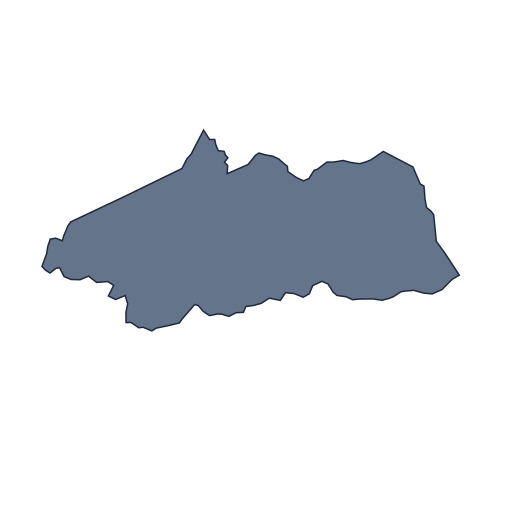 Itapetim, Pernambuco, Brazil (orthographic projection), rotated 144°
{"feature_id": "56859067B43341835432659", "entity_name": "Itapetim", "entity_type": "district", "adm_level": 2, "iso_a3": "BRA", "parent_name": "Brazil", "parent_adm1": "Pernambuco", "projection": "orthographic", "projection_center": [-37.138, -7.385], "detail": "fine", "context": "isolated", "style": "filled", "palette": "slate", "viewbox_px": 512, "rotation_deg": 144, "n_neighbors": 0, "source": "geoboundaries", "source_scale": "gbopen_adm2", "svg_char_len": 1673}
<svg xmlns="http://www.w3.org/2000/svg" viewBox="0 0 512 512"><g transform="rotate(144 256 256)"><path d="M197.8,160.5L186.6,152.5L179.9,146.0L173.5,143.6L168.8,142.3L159.9,141.9L155.6,139.8L148.5,135.4L142.2,127.5L135.8,121.8L125.4,119.5L116.2,121.0L110.7,121.8L102.8,121.0L101.5,146.9L101.5,151.4L101.5,161.9L88.0,184.9L88.1,189.6L89.5,194.9L85.6,203.3L83.2,206.9L79.0,213.9L80.8,217.6L79.5,223.6L76.7,235.8L91.6,265.8L106.3,266.2L111.3,267.4L117.6,269.6L121.0,272.6L124.9,276.6L129.4,282.1L137.9,286.3L143.4,290.3L155.4,290.1L158.6,291.2L167.6,287.6L173.3,288.8L177.1,295.6L180.6,305.5L177.9,310.1L179.2,315.0L180.6,321.2L183.7,326.8L188.9,332.3L193.1,337.6L197.2,337.8L208.6,334.7L230.9,339.5L225.7,346.0L226.4,350.3L221.0,352.0L221.4,355.7L220.3,359.4L224.6,363.4L223.1,369.7L220.9,374.5L225.1,377.6L224.4,388.7L248.7,376.5L254.6,375.3L264.5,370.3L313.5,379.0L325.5,381.1L385.8,392.5L390.3,391.0L399.6,385.4L403.7,382.2L407.6,388.2L412.6,390.6L419.1,385.9L424.0,380.9L435.3,373.4L434.7,368.4L432.7,363.3L424.8,363.6L421.8,361.8L423.4,352.2L419.5,345.8L412.4,340.3L403.3,338.1L400.5,328.3L390.9,322.4L388.4,315.9L398.9,310.4L395.2,303.4L390.0,302.1L385.1,300.9L387.9,292.8L394.3,286.9L400.3,278.5L396.2,275.7L393.0,266.8L389.3,264.8L384.3,256.6L379.1,256.3L367.6,251.1L357.4,246.9L352.5,248.5L334.1,252.8L331.8,249.7L331.3,242.4L328.7,235.2L321.1,231.6L317.6,228.7L313.5,223.1L305.6,221.9L299.3,217.8L293.9,221.1L288.0,217.8L279.6,214.6L270.1,214.1L262.4,205.8L253.6,209.0L247.0,202.9L242.1,194.9L235.1,194.1L227.5,198.7L217.6,196.8L214.2,191.1L214.8,181.6L213.7,176.5L207.1,170.1L203.6,163.9L197.8,160.5Z" fill="#64748b" stroke="#1e293b" stroke-width="1.5"/></g></svg>